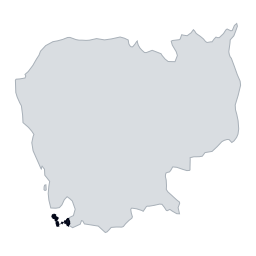 location of Preah Sihanouk, Krong Preah Sihanouk, Cambodia
{"feature_id": "14789045B14640150427480", "entity_name": "Preah Sihanouk", "entity_type": "district", "adm_level": 2, "iso_a3": "KHM", "parent_name": "Cambodia", "parent_adm1": "Krong Preah Sihanouk", "projection": "robinson", "projection_center": [103.359, 10.662], "detail": "fine", "context": "in_parent", "style": "filled", "palette": "ink", "viewbox_px": 256, "rotation_deg": 0, "n_neighbors": 0, "source": "geoboundaries", "source_scale": "gbopen_adm2", "svg_char_len": 5893}
<svg xmlns="http://www.w3.org/2000/svg" viewBox="0 0 256 256"><path d="M236.7,23.5L237.4,26.2L235.6,31.3L233.8,35.9L230.2,39.9L230.0,42.9L228.8,51.7L229.3,54.5L230.2,56.9L231.3,58.2L234.5,66.8L237.3,74.7L240.1,81.1L240.6,85.2L238.1,95.5L235.2,105.0L235.5,109.8L236.8,114.5L238.1,120.8L238.7,128.9L238.0,134.1L236.6,137.4L234.1,140.8L231.8,142.5L229.1,139.6L227.0,139.5L224.1,140.4L221.8,141.7L217.2,146.6L212.1,151.4L205.0,152.6L202.3,156.2L199.3,156.7L193.7,156.8L190.1,157.7L190.2,159.5L190.0,167.9L190.0,169.9L189.5,170.4L186.9,170.6L182.6,169.3L176.8,167.3L172.7,166.9L170.6,170.6L169.3,172.0L167.7,172.3L166.1,172.9L165.5,174.6L165.4,176.6L166.2,180.1L166.5,185.7L166.3,189.5L167.9,191.9L176.8,200.0L179.4,202.0L179.7,203.2L178.1,207.6L179.5,213.8L176.8,213.7L172.1,211.0L169.9,209.4L167.2,210.7L166.3,210.4L164.4,207.4L162.0,204.3L159.6,204.1L154.4,205.3L149.1,206.2L147.1,206.2L146.3,206.7L143.2,211.3L141.9,210.5L136.6,208.8L131.7,208.1L130.7,209.3L131.3,213.1L132.4,216.8L131.8,218.3L129.1,220.3L125.6,223.7L123.4,226.5L121.9,227.1L116.5,227.0L111.2,227.4L109.0,229.9L107.0,231.9L105.3,232.5L98.3,226.1L84.4,223.9L82.9,221.1L81.5,220.6L80.2,224.2L72.6,227.7L69.4,225.6L67.1,223.0L67.4,219.9L69.6,217.4L73.4,215.6L75.2,209.2L72.3,201.0L69.7,198.6L67.1,196.7L64.3,199.7L61.9,204.9L59.4,207.6L55.9,208.2L50.8,208.0L48.9,200.2L48.2,193.5L48.9,185.9L49.7,181.4L44.8,175.2L44.5,169.2L42.1,166.2L41.4,167.7L41.5,169.4L40.8,168.2L33.1,150.8L31.8,142.7L33.1,136.5L33.9,134.4L31.7,131.1L28.5,127.4L23.0,122.6L22.6,114.9L21.4,105.8L19.7,102.7L17.2,97.1L15.8,92.5L15.4,80.2L16.1,79.2L20.0,78.9L25.0,78.0L25.8,76.0L25.0,74.4L28.2,71.6L32.8,65.5L36.4,59.2L39.0,55.2L40.5,51.2L45.7,45.6L52.9,41.7L57.7,40.8L62.8,39.4L67.6,37.5L69.9,37.4L76.0,39.6L79.2,40.2L82.6,40.2L86.2,40.4L89.3,40.2L96.6,38.6L104.5,39.9L111.5,38.9L120.1,37.0L124.4,38.2L128.2,40.0L128.8,43.8L129.7,45.5L131.0,46.8L132.7,46.8L134.9,44.2L136.7,41.5L137.3,41.0L137.4,42.3L138.3,45.2L140.0,48.1L141.7,50.0L144.5,52.5L146.3,52.6L152.2,50.3L161.0,53.7L162.1,55.5L165.0,59.0L168.1,61.5L175.0,61.7L177.4,55.5L176.2,51.7L172.3,45.1L171.2,41.2L172.5,40.5L179.1,39.7L180.2,39.0L181.7,34.7L183.5,35.2L187.2,35.7L191.1,32.8L193.4,29.7L194.7,31.1L196.1,33.3L197.6,34.5L200.4,36.4L203.5,39.0L205.5,41.5L207.0,42.5L211.0,41.8L212.0,41.9L214.3,38.8L216.0,37.1L217.3,37.6L219.3,37.6L223.5,33.6L225.8,30.0L227.1,29.0L230.8,30.8L232.3,30.5L234.4,25.5L236.7,23.5ZM46.2,189.9L45.5,190.4L44.8,190.4L44.0,189.7L44.1,186.9L44.6,185.2L45.9,184.8L46.2,189.9ZM57.9,217.5L56.3,219.4L53.8,215.5L53.9,214.4L57.9,217.5Z" fill="#d9dde1" stroke="#a8b0b8" stroke-width="1"/><path d="M69.0,220.5L68.8,220.3L68.6,220.0L68.5,219.8L68.5,219.5L68.6,219.2L68.6,218.8L68.4,218.7L67.7,218.7L67.6,218.8L67.5,219.0L67.4,219.2L67.3,219.4L67.2,219.4L66.9,219.5L66.8,219.9L66.7,220.0L66.5,220.6L66.4,220.8L66.3,221.0L66.2,220.9L65.8,221.0L65.7,221.0L65.7,221.3L65.6,221.6L65.5,221.8L65.4,222.0L65.2,222.2L65.3,222.3L65.4,222.5L65.5,222.5L65.8,222.8L65.8,223.0L65.7,223.1L65.8,223.1L65.9,222.8L66.0,222.8L66.3,222.9L66.4,223.0L66.5,223.0L66.6,222.9L66.8,223.1L67.1,223.5L67.5,223.9L67.4,224.0L67.5,224.0L67.8,224.6L68.1,225.2L68.3,225.4L68.3,225.2L68.2,225.2L68.3,225.0L68.3,224.9L68.3,224.6L68.6,224.5L68.7,224.4L68.6,224.2L68.4,223.9L68.5,223.8L68.4,223.7L68.5,223.6L69.0,223.5L69.4,223.6L69.5,223.7L69.6,223.4L69.5,223.1L69.4,222.9L69.4,221.7L69.4,221.4L69.3,221.2L69.2,221.0L69.1,220.8L69.0,220.5ZM54.3,214.5L54.2,214.5L54.1,215.0L53.9,215.1L53.5,215.3L53.5,215.2L53.3,215.2L53.1,215.1L52.9,215.0L52.8,214.9L52.6,215.0L52.4,215.3L52.4,215.6L52.5,215.6L52.5,215.8L52.4,215.9L52.3,216.2L52.2,216.4L52.1,216.6L52.2,216.8L52.3,216.8L52.4,216.7L52.5,216.6L52.8,216.5L53.0,216.8L53.0,217.0L52.9,217.0L53.0,217.2L53.1,217.4L52.9,217.5L53.0,217.7L53.1,217.8L53.2,218.1L53.3,218.1L53.6,218.3L53.8,218.3L54.0,218.3L54.1,218.2L54.1,217.9L54.3,217.9L54.5,218.0L54.8,218.2L55.0,218.6L55.3,219.3L55.4,219.7L55.3,219.9L55.4,220.5L55.5,220.7L55.6,220.8L55.8,220.7L56.0,220.4L55.9,220.3L56.0,220.1L55.9,220.0L56.0,219.9L56.2,219.7L56.3,219.5L56.3,219.4L56.5,219.3L56.8,219.3L56.8,219.2L56.9,219.3L57.0,219.5L57.1,219.3L57.1,219.2L57.3,219.0L57.5,219.0L57.6,218.8L57.8,218.5L57.8,218.4L57.7,218.3L57.7,218.1L57.8,218.0L57.7,217.9L57.5,218.0L57.4,218.1L57.2,218.4L56.8,218.3L56.8,218.2L56.7,218.1L56.8,218.0L57.0,217.9L56.9,217.8L56.7,217.5L56.7,217.4L56.5,217.2L56.4,217.2L56.3,217.3L56.2,217.4L56.0,217.2L55.9,217.3L55.9,217.2L55.8,217.4L55.7,217.5L55.4,217.4L55.5,217.1L55.4,217.1L55.1,216.8L55.1,216.7L55.3,216.5L55.4,216.4L55.3,216.1L55.3,215.8L55.2,215.7L55.0,215.4L55.0,215.2L54.9,215.2L55.0,215.1L55.3,214.9L55.2,214.8L54.9,214.7L54.6,214.6L54.4,214.6L54.3,214.5ZM57.8,222.2L57.6,222.0L57.4,222.3L57.2,222.5L57.0,222.4L56.9,222.3L56.9,222.1L56.5,222.4L56.4,222.6L56.2,222.9L56.4,223.4L56.4,223.9L56.7,224.3L56.9,224.4L57.0,224.6L56.9,224.9L56.9,225.0L57.1,224.8L57.4,225.0L57.5,225.2L57.5,225.4L57.7,225.7L57.6,225.9L57.6,226.0L57.9,226.1L58.1,226.0L58.2,225.9L58.2,225.7L58.3,225.7L58.2,225.5L58.2,225.4L58.2,225.2L58.3,225.0L58.4,224.9L58.5,224.8L58.7,224.7L58.8,224.5L58.8,224.4L58.7,224.3L58.6,224.2L58.6,223.9L58.4,223.8L58.4,224.1L58.3,224.3L58.2,224.6L57.7,224.5L57.5,224.3L57.4,224.1L57.4,223.9L57.5,223.8L57.6,223.7L57.4,223.6L57.2,223.4L57.3,223.3L57.2,223.3L57.2,223.2L57.3,223.0L57.7,223.1L57.9,222.9L58.0,222.9L58.1,223.0L58.1,222.9L58.1,222.7L57.9,222.7L57.8,222.4L57.9,222.2L57.8,222.2ZM64.9,221.9L64.7,221.8L64.6,221.6L64.5,221.8L64.7,222.1L64.9,222.2L65.0,222.0L65.1,221.9L65.0,221.7L64.9,221.8L64.9,221.9ZM62.3,222.6L62.2,222.5L61.9,222.6L61.8,222.8L62.0,222.7L62.1,222.8L62.1,222.7L62.3,222.8L62.4,222.7L62.6,222.8L62.7,222.7L62.3,222.6ZM57.3,221.7L57.1,221.5L57.0,221.9L57.0,222.0L57.2,221.9L57.3,221.9L57.3,221.7ZM67.4,225.4L67.5,225.4L67.4,225.3L67.4,225.4ZM56.8,219.9L56.7,219.9L56.8,219.9L56.8,219.9Z" fill="#0f172a" stroke="#020617" stroke-width="1.5"/></svg>